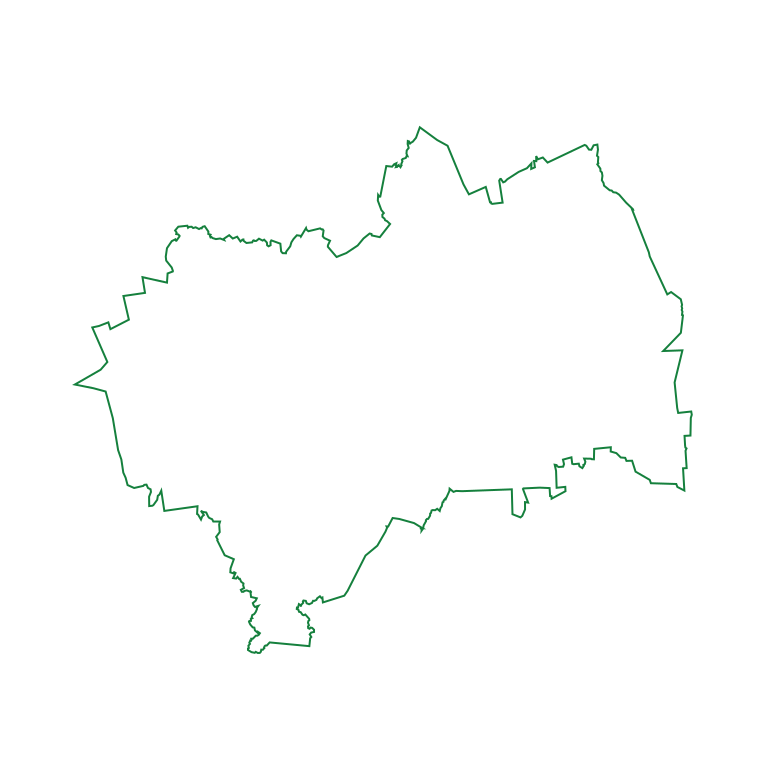 Guanajuato, Guanajuato, Mexico (Robinson projection), rotated 262°
{"feature_id": "50627088B24984367263380", "entity_name": "Guanajuato", "entity_type": "district", "adm_level": 2, "iso_a3": "MEX", "parent_name": "Mexico", "parent_adm1": "Guanajuato", "projection": "robinson", "projection_center": [-101.294, 21.026], "detail": "fine", "context": "isolated", "style": "outline", "palette": "green", "viewbox_px": 768, "rotation_deg": 262, "n_neighbors": 0, "source": "geoboundaries", "source_scale": "gbopen_adm2", "svg_char_len": 6104}
<svg xmlns="http://www.w3.org/2000/svg" viewBox="0 0 768 768"><g transform="rotate(262 384 384)"><path d="M200.1,213.6L198.0,214.3L197.8,216.0L198.5,216.8L198.7,219.4L197.1,222.2L197.4,222.9L196.5,223.4L195.7,222.8L191.6,222.7L189.5,228.2L187.2,226.7L185.3,223.6L182.9,224.1L181.2,225.2L181.8,228.7L179.8,226.8L179.0,227.0L175.9,225.1L174.2,223.4L173.5,221.4L171.2,220.4L170.4,221.0L169.9,219.4L168.0,219.3L168.0,217.6L167.4,217.2L164.4,218.1L161.3,220.1L160.8,221.7L158.0,221.9L155.3,224.2L156.2,224.6L154.5,226.4L153.0,225.0L152.4,223.6L152.6,222.0L150.1,218.8L150.2,217.2L149.4,217.4L148.2,216.5L148.6,215.9L146.5,214.6L145.3,215.1L143.7,213.3L141.4,213.4L141.0,212.5L139.5,212.3L136.9,215.5L135.8,218.6L136.6,219.7L135.2,221.6L135.0,223.6L136.0,224.8L138.0,225.5L137.7,227.0L139.1,228.7L139.5,228.4L141.0,229.3L141.5,230.1L141.3,231.5L144.0,234.8L134.8,273.6L142.5,275.5L143.6,276.8L146.4,275.6L148.0,277.3L148.2,280.2L150.4,280.5L152.5,278.9L153.0,277.4L152.0,276.2L152.7,275.0L154.6,275.0L155.5,276.1L158.1,275.5L159.8,276.1L160.5,277.2L161.9,277.2L166.7,274.0L166.2,272.4L166.8,271.2L169.7,269.7L170.2,268.2L172.4,267.8L173.3,266.3L174.8,266.7L174.7,267.8L177.9,269.1L176.8,270.4L175.2,270.9L176.8,271.2L178.5,273.5L180.0,273.4L180.8,274.1L180.1,276.4L177.6,276.9L176.3,279.2L177.2,282.2L179.2,283.6L178.9,284.7L179.6,287.0L181.1,288.0L182.7,291.0L180.7,292.3L181.1,293.3L176.2,293.1L179.9,315.2L184.3,319.2L216.7,341.8L224.8,354.9L237.6,364.9L241.3,367.1L242.6,366.7L242.3,368.3L250.1,373.9L248.2,380.4L242.1,394.4L235.8,402.1L236.2,399.6L235.2,401.2L233.5,400.8L235.4,402.6L238.5,403.6L242.3,406.5L243.3,406.5L244.4,407.8L244.3,409.0L247.2,411.3L249.3,411.7L249.8,412.6L252.1,413.5L252.4,414.6L251.9,417.1L253.0,419.3L250.5,421.5L253.2,422.6L254.9,424.2L258.7,425.5L259.0,426.5L260.3,426.9L262.4,429.3L261.9,429.4L269.0,433.9L271.2,434.4L267.5,437.8L268.1,440.5L267.0,446.4L261.9,495.9L237.2,493.1L232.9,500.6L234.2,502.6L240.1,506.2L247.4,507.2L246.5,510.2L260.7,507.0L261.2,507.5L259.7,523.7L257.9,533.5L249.9,532.9L249.6,534.2L247.1,534.0L252.6,548.8L256.9,549.2L257.2,540.5L274.0,542.3L280.3,541.8L279.7,543.6L278.4,544.1L277.5,545.5L277.2,549.9L279.6,551.1L284.2,550.7L285.3,559.4L278.8,559.3L278.2,560.6L278.0,565.8L275.3,566.1L273.1,568.7L275.2,570.5L276.0,570.1L276.8,571.7L279.0,572.6L282.3,571.8L281.2,578.6L280.7,579.0L280.2,581.4L290.5,583.1L289.8,599.8L285.6,599.1L283.2,604.5L278.3,608.2L277.3,612.6L274.1,613.4L273.5,619.0L262.2,620.9L252.1,633.8L248.6,634.5L244.3,659.5L241.2,660.2L236.7,666.6L258.9,668.4L258.6,672.0L275.9,673.3L278.1,674.6L279.1,673.6L281.4,673.6L290.8,674.4L290.3,680.3L307.7,683.1L310.7,684.5L314.0,684.4L314.4,671.3L319.5,671.0L345.1,672.0L375.8,684.2L377.8,665.1L393.4,685.1L410.4,689.6L410.9,688.7L414.2,689.6L415.9,689.1L417.3,689.8L419.5,689.5L420.9,690.2L426.6,689.7L435.1,681.1L433.3,677.0L473.3,664.9L477.5,664.6L522.4,653.9L522.1,654.9L522.5,654.8L529.9,649.0L538.8,643.2L541.2,640.5L542.0,637.7L543.9,636.4L544.4,634.5L549.8,629.5L552.4,629.4L555.5,628.1L559.8,629.3L563.2,629.2L564.7,628.0L567.2,628.2L571.9,625.8L572.8,627.0L573.8,626.7L578.9,627.8L580.4,626.7L586.3,628.5L591.4,628.6L591.2,624.8L587.1,621.9L587.6,619.6L591.8,617.5L592.8,616.0L580.5,576.8L586.2,572.8L585.1,567.7L588.5,566.4L583.5,565.8L584.0,563.6L577.6,563.6L576.5,559.7L582.0,560.7L577.8,555.6L575.3,546.9L569.6,534.6L567.6,532.0L567.1,530.1L570.8,528.3L570.9,527.7L569.4,526.4L547.1,526.7L547.3,516.3L547.9,515.3L549.1,515.2L549.2,514.3L565.0,512.2L560.0,494.5L570.6,490.5L611.1,480.1L618.2,470.6L633.2,455.2L623.4,450.0L620.0,446.3L618.7,443.3L617.7,443.0L620.7,442.6L621.3,441.4L618.4,440.8L614.3,441.3L612.1,439.0L609.0,438.3L606.3,439.0L606.6,438.1L604.8,437.0L604.2,433.7L603.4,432.9L602.1,433.3L599.2,431.6L597.3,431.9L597.9,431.6L596.4,430.5L597.6,429.8L597.8,428.6L598.7,428.8L598.3,427.8L597.1,427.1L597.1,426.3L597.5,426.7L598.7,425.9L600.9,426.9L600.2,424.6L598.1,422.3L599.5,416.6L570.1,406.4L570.1,405.4L572.0,404.5L566.5,403.4L556.6,405.6L553.3,407.6L551.9,405.9L549.6,405.7L547.7,407.5L546.0,407.9L544.9,409.6L541.6,412.3L530.0,400.3L532.8,392.6L534.3,392.5L535.0,390.7L531.0,384.0L524.8,377.2L518.9,364.9L516.4,354.7L527.7,347.5L529.2,347.8L533.4,350.5L536.8,345.2L538.8,343.9L544.4,345.5L545.7,344.8L545.7,343.8L547.0,342.4L545.8,330.4L547.7,328.7L549.3,328.5L541.5,322.2L542.4,321.9L543.4,318.4L540.2,314.6L537.2,312.0L533.4,310.3L528.6,305.5L527.1,305.1L527.7,301.8L529.6,300.6L537.4,300.9L541.9,292.4L540.6,291.4L537.2,291.0L536.4,288.9L537.6,287.6L540.4,287.7L543.6,285.4L542.9,283.8L545.3,280.4L543.5,277.5L543.6,275.9L544.4,275.1L544.2,274.3L542.6,273.2L542.8,267.4L545.3,264.9L546.7,264.9L546.7,264.0L545.1,261.7L550.3,259.1L549.1,254.5L552.9,251.4L550.0,245.4L548.8,245.8L550.9,242.0L550.9,237.7L552.4,234.5L553.6,233.6L553.3,232.6L554.9,232.2L556.0,233.0L557.0,230.9L559.4,231.3L565.2,228.4L564.9,226.2L563.5,225.1L563.9,224.3L563.2,222.4L565.4,219.3L565.0,216.7L566.5,215.4L566.7,212.9L566.0,211.7L568.1,211.3L568.4,202.2L565.1,198.5L562.9,199.7L561.4,199.1L560.7,201.1L559.2,202.2L558.6,202.0L554.8,198.4L555.0,197.8L556.3,197.5L555.0,193.7L548.7,188.0L540.5,185.6L536.5,185.5L528.9,190.0L525.3,190.7L524.8,190.5L523.6,185.1L514.6,183.2L523.4,159.7L507.5,160.0L507.4,138.2L483.2,140.3L476.4,120.7L483.4,119.6L481.1,109.7L480.6,103.0L444.3,113.1L437.6,105.4L426.5,77.8L420.2,95.8L415.3,107.3L387.9,110.7L355.5,111.5L345.8,113.4L332.5,113.5L327.1,115.1L319.6,116.0L315.8,122.1L316.6,131.5L317.5,132.6L317.4,134.8L313.9,135.8L312.2,138.2L309.5,138.2L305.1,135.7L295.8,134.5L295.7,137.7L296.2,138.8L300.9,143.3L304.8,144.5L305.7,146.2L309.4,148.6L288.9,148.8L288.9,182.3L281.3,180.8L280.6,181.7L275.2,183.9L278.1,185.5L279.3,187.4L283.9,185.0L282.5,187.0L281.5,190.1L277.2,191.4L275.7,192.3L274.0,195.0L271.6,195.8L270.6,202.5L267.8,201.2L260.2,200.7L256.0,196.5L253.2,197.6L252.5,197.1L236.6,202.4L231.4,210.9L222.8,206.4L218.9,205.6L217.4,208.6L218.5,209.4L217.5,210.7L212.8,207.6L211.9,210.5L213.4,212.1L211.1,213.4L211.1,214.2L208.1,215.0L206.0,217.1L204.2,216.5L201.4,217.0L200.1,213.6Z" fill="none" stroke="#15803d" stroke-width="2"/></g></svg>